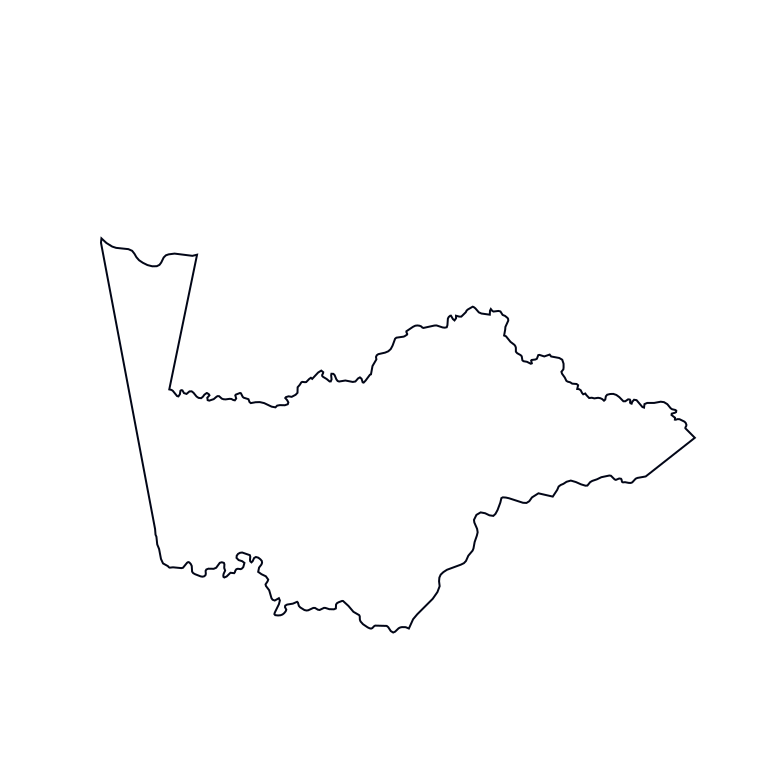 the Commissiary of Amazonas, rotated 159°
{"feature_id": "COL-1283", "entity_name": "Amazonas", "entity_type": "Commissiary", "adm_level": 1, "iso_a3": "COL", "parent_name": "Colombia", "parent_adm1": "", "projection": "mercator", "projection_center": [-71.672, -2.052], "detail": "fine", "context": "isolated", "style": "outline", "palette": "ink", "viewbox_px": 768, "rotation_deg": 159, "n_neighbors": 0, "source": "natural_earth", "source_scale": "10m", "svg_char_len": 6166}
<svg xmlns="http://www.w3.org/2000/svg" viewBox="0 0 768 768"><g transform="rotate(159 384 384)"><path d="M654.6,295.7L654.9,300.6L653.1,310.6L653.2,315.5L651.2,323.0L651.3,325.2L649.7,330.6L597.6,617.3L595.6,621.2L592.6,615.1L588.5,609.7L585.3,607.1L574.3,601.5L571.4,598.6L570.3,595.0L569.7,591.1L568.3,587.3L565.7,583.6L562.2,579.8L558.1,576.9L553.9,575.4L550.9,575.7L548.5,577.2L544.3,581.1L541.5,582.3L538.6,582.2L532.8,580.8L516.9,572.3L512.2,571.7L586.4,455.9L584.5,454.6L583.6,453.3L581.5,446.9L580.4,446.1L578.2,447.6L576.5,450.6L575.5,450.9L574.5,450.3L574.0,447.2L571.9,445.5L568.3,446.8L566.2,446.1L565.0,444.1L563.5,439.5L562.1,437.5L559.8,436.3L557.7,437.0L555.5,438.4L552.8,439.1L552.3,438.8L551.1,437.0L551.0,436.0L553.9,434.5L554.4,432.1L553.1,431.1L548.4,430.9L544.7,432.2L543.6,432.3L542.3,431.7L540.7,428.5L539.3,427.3L537.4,426.4L533.5,425.5L531.8,424.7L530.5,423.1L529.1,422.2L527.2,423.4L526.9,426.7L526.1,427.2L521.6,427.2L520.9,426.6L520.5,422.6L519.9,421.5L516.0,418.4L516.0,415.3L515.2,413.9L510.4,413.0L506.4,411.6L502.7,409.1L497.0,403.1L493.7,401.1L491.5,402.1L488.8,401.6L484.2,399.7L481.1,399.6L479.9,401.1L480.2,403.6L481.2,406.3L480.2,406.9L477.5,406.7L474.8,405.1L470.4,405.6L467.9,406.8L465.8,411.9L462.8,413.5L460.7,415.1L459.6,415.3L457.1,414.0L455.9,413.7L452.0,415.5L450.0,416.0L449.2,414.5L441.4,418.3L437.8,419.0L436.5,416.8L437.0,415.9L438.5,414.6L438.8,413.7L438.4,412.6L435.8,409.3L433.9,405.9L432.8,405.5L431.3,407.1L430.2,411.1L429.4,412.4L427.6,411.6L426.9,409.9L426.8,405.4L426.2,403.4L425.0,402.4L418.8,401.1L412.4,397.1L409.8,396.6L406.2,398.5L404.1,398.8L403.1,397.0L403.3,393.2L402.5,392.6L400.1,393.7L393.8,397.7L392.7,397.7L388.3,404.9L382.3,409.7L381.8,412.1L380.5,413.4L378.6,413.9L371.8,412.9L368.3,413.0L365.2,414.2L362.2,416.8L357.4,422.3L355.8,422.8L348.8,421.2L347.7,421.2L344.9,421.8L344.4,422.3L344.5,424.5L344.2,425.2L336.4,427.0L333.9,427.2L331.9,426.7L330.0,425.7L328.6,424.4L328.0,423.0L327.1,422.2L315.9,420.5L313.9,419.8L309.0,415.8L307.1,414.8L305.1,414.5L303.7,416.2L300.9,422.2L299.5,423.4L297.7,424.0L297.0,423.8L296.4,419.9L295.4,418.1L293.2,419.5L292.3,421.9L289.5,419.9L287.7,419.2L281.9,421.7L280.6,422.9L279.1,423.5L273.5,424.4L272.7,423.7L271.6,421.9L269.8,416.9L267.8,414.9L260.4,410.8L258.8,414.4L257.4,415.7L256.7,413.4L255.8,412.4L251.0,411.2L249.3,410.0L248.5,406.0L246.6,404.2L245.0,401.4L244.8,400.3L245.3,398.6L250.2,393.8L251.3,391.5L254.5,386.2L253.0,384.8L250.8,378.0L248.2,373.8L247.8,372.1L247.9,370.6L249.3,366.9L248.6,365.0L246.1,362.0L245.5,360.5L246.3,356.5L245.6,355.3L242.6,353.5L239.7,350.3L238.6,350.3L238.2,353.2L237.5,353.5L233.8,352.6L232.2,352.8L229.6,355.7L228.5,355.5L224.5,352.3L218.8,352.1L218.1,349.8L211.1,345.5L208.9,342.8L209.1,338.6L210.4,335.1L211.3,333.4L214.0,331.8L214.1,329.8L212.9,325.2L212.6,321.6L211.7,320.4L209.5,318.8L208.2,316.9L204.2,315.0L203.2,313.3L205.4,310.1L203.8,309.3L202.6,307.7L202.3,304.6L201.7,303.0L199.5,303.0L199.1,301.3L197.5,297.4L194.9,296.7L192.8,295.2L189.1,294.4L187.1,293.2L185.6,291.6L184.6,289.6L183.0,290.2L181.3,293.0L179.5,294.0L176.4,293.6L173.5,292.6L171.0,290.5L169.0,287.4L166.7,282.1L164.9,281.4L161.6,282.2L160.1,281.4L159.9,280.5L160.9,278.6L160.8,277.7L159.9,276.9L158.6,278.4L156.2,279.7L154.0,278.4L151.0,269.9L149.7,268.8L148.0,271.9L145.1,272.0L138.5,269.5L132.0,268.3L129.1,266.7L126.7,263.6L125.1,258.7L124.1,257.2L121.4,255.4L120.7,254.4L121.4,253.1L122.8,252.9L126.0,253.2L126.7,252.0L124.4,248.2L125.2,246.5L124.4,246.1L122.5,246.0L120.7,245.2L117.0,241.2L116.3,239.6L116.3,237.5L116.8,236.6L118.2,235.4L118.5,234.6L113.1,222.4L172.8,203.9L181.1,205.5L183.0,205.4L187.5,203.2L189.1,203.2L191.0,204.0L194.2,206.0L196.1,206.5L196.7,207.0L196.8,207.8L196.5,209.8L196.7,210.6L198.3,211.5L201.9,211.4L202.9,212.3L205.0,217.0L206.4,217.8L214.5,219.1L219.4,218.7L224.3,218.9L226.7,218.5L230.5,216.3L232.4,216.9L236.0,219.7L240.0,223.7L244.2,226.9L248.6,227.3L252.3,226.5L255.2,226.4L257.7,225.7L260.2,223.1L266.8,218.4L279.0,226.6L286.5,225.1L290.4,222.5L293.6,221.9L296.8,223.3L308.2,232.5L310.9,234.3L313.7,235.6L315.3,235.4L317.9,231.6L323.1,225.7L326.5,222.8L329.2,221.7L332.6,223.6L335.9,227.1L339.8,229.5L344.6,228.7L348.7,224.9L349.3,222.3L349.0,215.4L349.7,212.0L351.7,209.1L356.0,204.0L359.4,198.4L361.0,196.7L366.8,193.5L370.9,189.4L373.6,188.1L377.0,187.8L391.8,188.0L396.0,187.1L399.4,185.7L401.7,183.4L403.3,180.1L404.5,175.3L408.7,170.6L415.5,166.0L435.5,157.1L441.1,154.0L448.4,146.8L450.9,149.2L454.3,150.6L456.1,150.9L457.9,150.7L462.4,148.8L464.5,148.7L466.2,150.9L467.2,155.5L468.2,157.2L478.8,161.6L480.1,161.4L482.4,160.3L483.8,160.3L485.1,161.2L486.5,162.7L489.7,167.3L491.0,170.7L491.0,172.6L489.9,175.8L490.0,177.1L494.2,182.3L496.7,189.5L500.0,196.1L500.9,196.5L504.7,196.5L506.5,196.2L507.8,195.3L509.4,191.7L511.5,191.6L515.8,193.4L518.9,195.9L520.2,196.5L525.1,196.1L526.6,197.0L528.7,199.7L530.3,200.3L535.8,199.9L537.5,200.3L539.3,201.5L542.3,205.5L543.0,207.4L542.7,210.8L543.2,211.8L547.8,211.6L553.5,212.8L555.6,212.5L556.4,211.2L556.1,208.3L557.3,207.0L559.4,205.8L561.4,205.2L563.5,205.2L565.9,205.9L568.4,207.2L568.8,208.5L567.8,209.8L561.0,216.1L558.8,219.2L558.9,221.7L563.6,221.0L565.3,222.5L565.8,224.3L565.1,232.6L566.6,237.7L566.4,239.4L563.4,241.5L562.2,242.9L563.2,246.8L566.5,250.3L568.8,253.7L566.4,257.4L563.1,259.4L561.9,260.8L561.5,262.6L562.2,264.6L563.6,266.9L565.6,268.4L567.6,268.1L570.2,265.6L571.7,265.0L572.4,266.4L572.1,267.9L570.7,270.8L570.6,272.3L576.8,277.5L578.9,278.0L581.1,277.7L583.0,276.5L584.0,274.5L582.8,271.7L579.9,269.4L578.4,267.0L581.0,263.5L582.8,262.6L584.1,262.5L586.7,263.9L588.2,264.0L589.6,263.1L590.6,261.8L591.7,261.1L595.0,262.8L599.9,260.7L602.4,260.6L603.0,261.5L602.6,262.9L601.7,264.3L599.2,266.7L599.1,269.5L597.6,272.9L597.6,274.4L599.3,275.7L601.4,275.9L606.5,272.6L609.2,272.5L614.1,274.5L616.3,274.5L617.5,273.5L618.4,270.6L619.3,269.4L621.0,268.9L622.6,269.2L624.1,270.1L628.5,274.1L629.9,275.8L630.4,277.6L628.7,283.0L628.9,285.2L629.7,287.2L630.6,287.9L631.9,287.7L637.5,284.5L639.1,284.7L646.7,288.5L649.8,289.3L650.5,290.0L651.0,291.4L654.6,295.7Z" fill="none" stroke="#020617" stroke-width="2"/></g></svg>